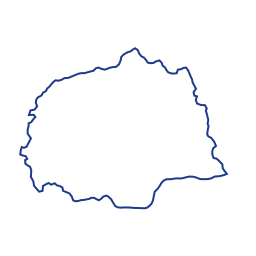 Santo Estêvão, Bahia, Brazil (Natural Earth projection), rotated 7°
{"feature_id": "56859067B59160361010932", "entity_name": "Santo Estêvão", "entity_type": "district", "adm_level": 2, "iso_a3": "BRA", "parent_name": "Brazil", "parent_adm1": "Bahia", "projection": "natural_earth1", "projection_center": [-39.267, -12.461], "detail": "fine", "context": "isolated", "style": "outline", "palette": "blue", "viewbox_px": 256, "rotation_deg": 7, "n_neighbors": 0, "source": "geoboundaries", "source_scale": "gbopen_adm2", "svg_char_len": 2404}
<svg xmlns="http://www.w3.org/2000/svg" viewBox="0 0 256 256"><g transform="rotate(7 128 128)"><path d="M150.9,57.1L147.2,58.7L145.4,60.3L142.9,60.9L139.6,60.7L137.4,58.1L135.1,56.1L132.5,55.2L130.0,52.7L128.1,49.4L125.3,48.0L123.3,49.5L121.2,51.7L118.4,52.8L114.7,55.6L112.6,58.5L112.5,61.7L111.3,65.9L108.7,68.8L105.1,69.5L102.3,70.5L100.0,71.9L97.7,72.9L94.3,72.5L91.3,71.6L89.0,72.5L86.8,75.3L78.0,78.9L75.5,79.1L72.1,80.2L66.8,83.2L62.3,85.7L58.9,86.2L56.1,88.3L53.2,89.5L50.2,89.5L47.9,91.9L46.5,94.1L44.7,96.8L43.0,98.6L42.0,101.4L39.3,103.4L38.1,106.3L34.7,108.7L33.5,111.0L33.4,114.1L35.2,117.6L32.9,121.2L29.1,122.4L28.1,127.2L32.8,126.4L34.7,128.4L33.2,130.5L31.2,134.1L28.8,135.4L29.1,138.1L28.6,141.7L29.1,145.9L32.9,150.0L31.8,153.2L30.8,155.6L29.7,158.9L27.2,160.3L24.9,159.9L24.3,163.4L24.3,167.5L27.4,168.2L30.0,168.5L31.7,171.0L29.8,172.5L30.5,176.0L33.1,177.4L35.5,178.5L37.1,181.5L37.4,185.3L37.5,188.3L39.2,190.6L40.7,192.9L41.8,196.8L45.0,199.8L47.6,202.0L50.8,200.8L50.7,195.9L53.3,193.9L55.9,192.3L58.7,193.6L61.9,191.8L64.5,193.6L67.7,194.0L70.2,195.2L71.3,198.3L74.8,199.2L78.1,200.2L80.7,203.1L82.4,206.5L85.0,207.1L87.5,206.5L90.5,205.2L92.9,204.8L95.4,203.9L97.8,203.3L99.9,201.8L103.1,201.5L105.6,202.6L108.0,203.2L110.3,201.2L111.7,199.2L114.8,197.7L116.9,198.5L120.1,200.9L122.3,203.9L124.7,206.9L127.4,208.0L130.8,207.9L134.6,207.2L138.4,206.8L143.3,206.6L146.4,206.3L148.7,206.1L151.7,205.9L154.7,205.6L157.0,204.5L159.1,202.2L160.6,200.2L161.6,197.0L161.9,192.7L162.3,188.0L164.9,184.6L166.5,181.6L167.9,178.4L169.9,175.8L172.4,174.2L177.1,173.5L181.6,172.2L185.2,171.8L187.8,171.4L191.0,170.1L194.5,168.8L198.3,168.4L201.5,168.8L205.9,169.9L210.8,169.4L214.1,168.8L216.6,167.9L220.0,165.6L224.1,164.8L226.8,163.9L229.2,162.9L231.7,161.5L229.3,159.1L227.0,156.6L226.0,152.4L224.1,151.0L222.2,149.4L219.8,147.7L216.6,147.3L214.9,144.0L214.5,140.8L215.0,137.8L217.5,135.1L215.2,131.1L211.7,127.6L208.7,126.5L207.3,124.5L207.4,120.5L207.7,116.3L206.5,114.1L206.7,110.2L205.6,107.3L204.3,103.9L203.1,101.4L203.8,99.0L201.6,96.0L197.8,96.3L193.6,95.3L191.8,91.8L192.6,88.2L190.0,87.8L188.7,84.5L190.7,80.7L188.1,77.1L186.5,74.7L185.7,72.0L184.3,69.9L182.7,67.1L180.5,63.3L178.2,60.9L175.8,61.6L173.4,63.2L170.4,64.0L169.7,67.6L167.5,68.3L164.8,68.6L161.2,67.9L158.9,65.6L157.4,63.4L154.8,62.0L153.6,59.3L150.9,57.1Z" fill="none" stroke="#1e3a8a" stroke-width="2"/></g></svg>